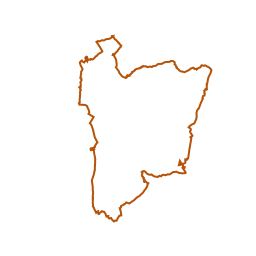 Cozieni, Buzau, Romania, rotated 116°
{"feature_id": "2599482B64756507378142", "entity_name": "Cozieni", "entity_type": "district", "adm_level": 2, "iso_a3": "ROU", "parent_name": "Romania", "parent_adm1": "Buzau", "projection": "mercator", "projection_center": [26.473, 45.333], "detail": "fine", "context": "isolated", "style": "outline", "palette": "amber", "viewbox_px": 256, "rotation_deg": 116, "n_neighbors": 0, "source": "geoboundaries", "source_scale": "gbopen_adm2", "svg_char_len": 5704}
<svg xmlns="http://www.w3.org/2000/svg" viewBox="0 0 256 256"><g transform="rotate(116 128 128)"><path d="M64.4,194.1L67.2,189.3L70.2,184.8L70.5,184.6L72.3,185.5L72.8,186.0L74.6,187.1L77.2,187.8L77.9,188.6L78.9,188.6L81.5,189.5L82.1,190.1L82.1,190.5L82.0,190.9L82.1,191.5L83.2,191.7L83.3,192.8L83.9,193.8L85.1,193.8L82.1,195.9L82.1,196.6L83.4,197.2L84.1,196.8L84.6,196.3L84.0,195.9L85.2,195.0L86.0,194.8L86.3,195.1L86.1,195.5L86.7,195.7L87.1,196.1L88.3,196.1L88.3,197.2L88.2,198.3L87.6,199.1L88.8,199.7L90.3,200.0L92.5,198.0L94.9,194.7L96.3,194.5L97.3,194.8L97.9,194.8L100.0,193.8L100.9,193.7L102.6,193.0L103.4,193.0L104.3,192.4L104.3,192.2L104.1,191.8L104.6,191.7L105.0,190.9L105.9,190.6L107.5,190.9L108.0,190.7L109.1,189.7L110.2,189.4L110.9,188.8L111.6,188.9L112.4,189.6L112.8,189.6L112.9,188.9L112.8,188.2L114.1,188.0L114.3,187.9L114.4,187.2L114.9,187.0L116.0,187.0L117.1,186.8L118.1,186.0L120.3,185.3L121.1,184.8L124.0,183.8L126.1,182.6L127.1,183.1L128.3,181.9L127.9,181.5L127.6,180.1L126.9,178.9L126.6,177.7L126.2,177.1L126.1,175.2L126.3,174.3L126.8,173.8L127.4,173.4L127.8,172.7L129.4,170.8L131.0,169.6L132.6,169.7L133.2,163.7L140.5,164.4L141.3,162.3L144.7,158.9L150.9,153.8L154.4,149.1L155.2,149.5L159.5,149.9L159.7,149.4L160.3,149.6L161.3,150.7L161.6,149.8L162.0,149.1L162.6,149.6L163.2,150.5L162.8,151.0L161.8,151.1L162.3,152.1L162.7,151.8L163.4,152.4L164.2,151.6L162.9,149.8L163.4,148.7L166.0,147.0L170.4,143.7L171.5,143.4L172.7,142.7L178.0,140.5L180.4,139.3L181.7,139.3L182.2,138.9L185.1,138.3L191.1,137.5L195.6,134.4L197.8,133.1L199.4,132.5L200.2,131.7L201.3,131.1L203.1,130.3L204.5,130.0L205.4,129.2L206.5,128.7L206.6,128.9L207.2,128.7L207.2,128.4L210.9,126.8L212.6,125.6L213.5,125.1L213.8,125.2L214.7,123.6L215.0,123.5L218.1,119.5L216.6,119.1L215.9,118.4L217.9,117.3L218.2,116.8L218.2,116.6L217.8,116.2L216.8,116.2L216.3,116.0L215.5,115.4L214.4,115.2L214.0,114.3L214.2,113.5L213.8,112.7L215.1,110.5L217.0,108.6L216.0,107.6L215.7,107.1L217.1,106.5L217.6,105.4L217.6,105.1L217.1,104.8L216.3,103.7L217.2,102.5L218.2,99.8L217.5,99.1L216.9,99.0L216.2,97.6L214.2,97.7L210.6,97.3L209.5,95.7L206.5,97.7L203.6,100.3L202.6,99.5L201.4,100.0L201.0,100.0L199.1,98.4L198.3,98.2L197.8,97.6L196.7,97.2L196.0,97.1L195.7,96.9L195.5,96.5L195.6,95.7L195.4,95.0L195.3,93.8L194.6,93.3L194.0,93.1L193.3,92.6L191.6,91.8L190.3,90.9L188.2,90.2L185.6,89.1L184.4,88.0L181.7,87.1L179.9,86.3L177.6,85.9L176.7,85.9L175.1,85.4L173.7,85.4L173.1,85.2L171.5,85.3L169.7,85.9L169.4,85.8L169.1,85.4L168.7,85.5L168.7,87.4L168.3,89.2L168.3,89.5L169.2,89.6L169.2,90.1L168.9,90.4L167.4,90.3L167.3,91.3L166.0,91.7L165.9,91.9L166.2,92.4L166.2,92.5L165.1,93.3L165.2,93.8L165.0,94.4L163.8,95.1L162.3,95.1L161.5,95.8L161.5,96.4L161.4,96.4L160.6,95.9L159.9,95.1L159.6,94.2L160.0,92.4L160.7,91.2L160.7,88.6L160.0,87.0L159.4,86.4L159.6,85.7L160.0,83.6L159.8,82.5L159.2,80.7L158.9,79.6L157.2,78.9L156.9,77.0L155.4,76.7L154.5,75.7L154.0,73.6L153.3,72.8L152.2,72.1L151.7,70.5L150.3,69.5L147.9,68.2L147.3,67.0L146.1,65.5L146.0,62.3L145.5,61.4L145.2,59.7L143.6,57.0L143.1,56.7L142.9,56.2L142.7,56.0L142.8,56.3L140.1,61.2L139.1,59.7L138.4,59.9L138.8,60.4L138.9,61.5L137.9,61.8L136.5,62.9L137.7,64.1L139.1,66.0L134.9,66.9L135.5,66.0L135.9,65.8L135.9,65.3L136.5,64.8L136.2,63.1L135.9,62.5L134.7,61.5L133.9,61.3L133.3,61.5L131.9,62.5L131.2,62.7L131.3,61.8L130.7,61.7L130.6,61.1L129.9,60.9L129.5,61.2L129.3,60.8L128.6,60.7L120.4,63.4L109.4,66.6L108.9,67.9L108.5,67.8L107.2,66.7L106.6,66.8L104.3,70.6L103.3,70.8L102.3,70.6L101.5,71.0L101.0,72.3L100.8,73.8L99.7,73.6L98.4,73.0L96.4,71.8L95.2,70.7L94.6,70.4L90.0,70.6L88.4,71.0L85.5,72.4L84.6,73.0L82.1,73.6L80.5,73.4L79.2,72.9L74.1,73.5L68.8,73.6L68.4,74.3L66.1,74.5L65.3,73.5L63.2,74.2L62.9,74.9L61.8,75.0L61.2,75.8L58.9,75.3L58.9,75.0L59.2,74.6L59.2,74.3L58.8,74.0L55.7,75.7L54.6,75.9L54.1,76.6L52.8,76.4L49.9,77.3L47.3,77.9L42.3,77.9L39.6,78.3L38.7,79.4L38.0,81.9L38.0,82.8L38.1,83.3L37.8,85.8L38.1,86.5L38.9,87.1L39.2,89.1L39.4,89.4L41.6,89.5L43.3,91.0L45.3,91.9L44.8,92.5L45.8,94.1L45.1,95.5L45.6,96.3L46.6,97.1L46.8,97.5L49.2,98.6L52.8,101.4L53.2,102.1L53.3,103.6L53.7,104.4L54.0,105.6L53.7,107.4L53.2,108.1L52.6,110.9L52.2,110.9L52.2,110.5L51.9,110.8L51.5,111.9L50.6,112.7L50.6,113.4L50.4,113.7L50.3,114.1L49.3,114.3L48.4,115.0L48.4,115.7L48.1,116.6L48.7,118.5L49.0,118.8L50.4,119.7L50.7,120.5L51.3,121.2L51.9,122.6L53.2,124.2L53.6,124.4L54.6,125.2L55.3,125.5L55.9,126.3L56.4,127.5L57.3,128.9L58.0,129.5L58.8,129.6L59.3,129.9L60.2,130.7L60.8,131.7L61.7,132.8L62.6,133.1L62.9,133.7L62.8,134.0L63.4,135.6L64.6,136.8L64.8,137.3L64.8,137.9L64.7,138.3L64.7,139.1L65.4,140.3L65.6,141.6L66.0,141.7L66.1,141.4L66.5,142.0L67.2,142.7L67.4,142.6L67.4,142.9L68.1,143.2L68.5,143.2L68.9,143.8L69.2,143.7L69.6,144.3L70.3,145.0L70.9,146.0L72.5,147.2L73.0,147.0L73.7,147.3L73.8,147.6L74.7,147.9L76.0,148.9L76.4,148.4L77.1,148.9L78.8,149.1L79.0,149.5L79.3,149.6L80.3,149.4L81.1,150.4L81.0,150.6L80.7,150.6L80.9,150.8L80.8,151.1L81.2,151.4L81.3,151.1L81.7,151.4L81.4,151.8L82.3,151.9L82.3,151.3L82.6,151.3L83.2,151.4L83.1,151.7L84.0,152.1L84.2,154.2L84.1,156.0L82.2,160.1L81.4,160.7L81.4,161.0L81.6,161.0L81.1,161.1L78.7,165.5L77.5,165.4L76.2,165.8L72.6,168.1L70.6,170.1L69.7,171.7L68.8,172.4L68.4,172.5L68.3,172.9L68.9,173.2L69.1,173.7L68.1,173.8L67.4,172.3L65.9,172.2L64.0,171.3L61.4,171.0L60.7,170.7L58.8,170.4L58.5,170.1L57.0,170.2L57.1,170.5L56.8,170.8L56.4,172.3L55.6,173.0L55.6,174.1L55.2,174.6L54.2,177.2L53.9,178.9L53.1,180.1L53.0,180.8L52.0,181.2L52.2,181.3L52.1,182.3L52.5,182.8L53.1,182.4L53.9,182.5L55.5,183.4L56.6,184.6L57.1,185.6L58.2,187.0L59.8,187.9L60.1,188.4L60.2,189.4L60.4,189.7L62.7,191.7L62.7,192.0L63.0,192.4L63.0,193.2L64.4,194.1Z" fill="none" stroke="#b45309" stroke-width="2"/></g></svg>